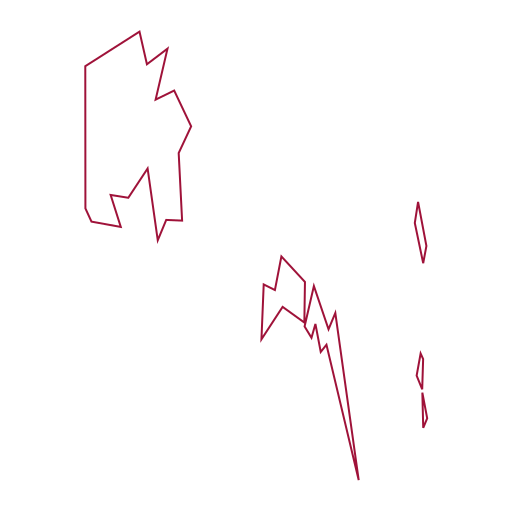 the border of Arkhangel'sk, rotated 91°
{"feature_id": "RUS-2354", "entity_name": "Arkhangel'sk", "entity_type": "Region", "adm_level": 1, "iso_a3": "RUS", "parent_name": "Russia", "parent_adm1": "", "projection": "natural_earth1", "projection_center": [52.194, 71.252], "detail": "coarse", "context": "isolated", "style": "outline", "palette": "rose", "viewbox_px": 512, "rotation_deg": 91, "n_neighbors": 0, "source": "natural_earth", "source_scale": "10m", "svg_char_len": 750}
<svg xmlns="http://www.w3.org/2000/svg" viewBox="0 0 512 512"><g transform="rotate(91 256 256)"><path d="M33.7,376.4L66.2,368.4L50.2,348.1L101.4,359.1L92.0,340.7L127.5,323.1L154.4,335.1L221.9,330.5L221.5,346.4L242.0,354.5L170.4,365.9L200.0,384.7L197.5,402.4L229.3,391.7L224.5,421.1L211.4,427.4L69.2,430.0L33.7,376.4ZM328.0,182.2L311.6,175.7L478.3,149.4L343.5,184.0L350.8,189.6L322.9,195.4L336.8,199.1L325.6,206.2L285.0,197.6L328.0,182.2ZM256.0,230.6L281.1,206.6L321.7,206.5L306.4,228.5L339.2,249.1L284.3,247.8L289.7,236.5L256.0,230.6ZM260.3,88.7L220.2,97.8L199.1,94.9L243.0,85.8L260.3,88.7ZM386.4,87.5L372.8,93.3L350.6,89.7L356.1,87.1L386.4,87.5ZM389.7,87.3L415.3,82.0L424.9,85.8L389.7,87.3Z" fill="none" stroke="#9f1239" stroke-width="2"/></g></svg>